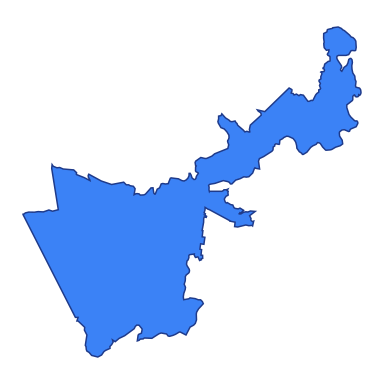 the district of Santa María Petapa, Oaxaca, Mexico
{"feature_id": "50627088B19284928966846", "entity_name": "Santa María Petapa", "entity_type": "district", "adm_level": 2, "iso_a3": "MEX", "parent_name": "Mexico", "parent_adm1": "Oaxaca", "projection": "natural_earth1", "projection_center": [-95.032, 16.899], "detail": "fine", "context": "isolated", "style": "filled", "palette": "blue", "viewbox_px": 384, "rotation_deg": 0, "n_neighbors": 0, "source": "geoboundaries", "source_scale": "gbopen_adm2", "svg_char_len": 5959}
<svg xmlns="http://www.w3.org/2000/svg" viewBox="0 0 384 384"><path d="M85.3,345.4L86.0,346.6L86.3,349.6L86.9,351.1L89.1,352.4L91.6,355.4L97.8,357.0L101.6,355.0L104.0,351.5L105.6,350.4L110.0,348.4L109.9,346.5L111.7,344.6L113.1,342.1L112.5,339.9L115.2,341.7L119.1,338.4L124.7,335.7L134.2,328.7L135.3,326.4L136.8,325.1L139.0,325.2L141.9,328.7L142.1,329.7L141.4,333.2L138.6,334.4L138.1,335.2L137.3,340.9L139.1,340.3L140.2,339.1L143.2,338.9L144.3,338.0L151.9,338.3L158.9,333.8L161.1,333.0L166.6,334.0L168.1,336.0L169.6,336.3L172.9,335.4L175.5,334.3L179.2,332.1L180.2,332.0L186.0,335.0L190.1,327.1L193.7,325.1L195.3,323.4L196.5,319.9L196.3,313.9L196.7,312.0L198.6,308.8L203.3,303.7L202.4,301.6L200.6,299.8L198.3,299.8L195.2,298.6L190.0,297.9L188.8,298.8L183.7,299.7L183.3,296.9L183.8,293.4L185.2,289.5L185.5,287.3L184.2,284.2L185.2,281.0L185.4,278.8L185.3,276.7L186.2,275.0L188.7,273.0L189.3,272.0L189.5,270.5L189.2,269.2L187.0,265.6L186.5,264.1L187.0,261.0L188.1,259.9L188.9,257.6L188.8,255.7L189.5,254.7L194.3,254.0L194.1,254.8L195.2,257.1L195.7,257.5L197.5,256.9L198.1,257.1L199.6,260.5L201.3,259.8L201.1,258.9L202.7,258.4L202.6,255.3L201.0,255.1L201.6,249.6L199.9,249.2L200.6,243.8L203.9,244.3L204.9,237.3L202.2,236.8L202.9,230.7L202.1,230.6L203.6,222.4L203.7,218.6L204.3,216.9L206.2,217.4L206.6,216.3L204.6,215.0L205.0,214.9L205.4,213.8L204.1,212.8L205.0,210.0L205.1,207.4L208.3,209.4L208.9,209.4L230.0,220.8L229.9,221.1L235.1,222.2L234.6,226.6L237.7,227.0L245.8,225.0L248.9,225.7L252.1,225.4L252.6,225.9L253.7,221.1L252.6,221.5L251.4,220.9L250.8,219.8L251.0,218.5L249.6,215.7L255.2,211.4L250.4,211.0L247.9,212.0L245.7,211.8L243.6,212.3L240.9,213.9L238.6,213.9L239.7,213.4L239.9,212.7L240.8,213.1L243.6,210.3L240.0,208.1L238.2,208.9L235.2,208.4L234.0,207.7L232.8,205.0L230.7,204.6L227.3,202.6L226.8,203.0L226.1,202.9L225.1,201.7L224.4,199.4L224.5,198.6L226.2,196.1L227.9,195.4L228.2,195.0L227.9,192.9L228.2,191.3L227.1,190.6L227.9,189.1L226.5,189.7L223.9,189.8L223.4,190.5L221.9,191.3L209.6,191.3L209.4,191.6L209.0,189.9L209.1,187.0L208.6,185.6L209.1,184.8L210.1,184.2L214.9,183.4L223.3,180.6L228.1,181.7L229.4,182.4L230.4,183.9L231.9,183.9L235.7,180.1L240.1,178.7L243.8,176.8L246.5,177.1L248.9,176.7L252.7,173.0L254.3,168.7L255.0,167.8L255.6,168.3L259.6,169.0L258.5,161.1L259.4,158.6L263.6,156.6L271.9,151.3L273.0,149.9L273.2,147.0L274.7,146.0L274.8,144.6L275.9,143.8L279.1,144.4L279.5,144.0L279.8,140.5L280.1,140.0L282.6,138.7L283.7,137.6L286.6,136.2L288.5,136.4L293.1,138.5L294.8,140.6L295.8,142.4L296.6,145.5L296.9,148.3L299.3,151.7L301.6,153.2L302.4,154.4L303.3,154.4L306.9,152.2L310.7,147.4L312.9,145.8L316.2,144.3L317.5,142.6L319.4,142.9L320.4,143.6L322.6,147.0L325.6,150.1L326.2,150.2L330.0,149.9L331.7,149.5L335.6,147.2L340.3,145.7L342.7,143.9L342.2,140.2L339.6,136.1L339.3,133.0L339.6,131.8L342.0,130.0L344.3,129.7L348.6,131.5L349.5,131.3L350.2,129.5L351.0,128.9L356.2,126.7L357.8,123.5L357.8,122.2L357.3,121.4L356.9,120.9L355.3,121.0L354.3,120.4L350.8,117.0L349.0,114.5L346.8,107.6L346.8,104.9L352.4,100.5L352.8,99.5L352.8,96.4L353.4,95.6L354.3,94.9L355.0,95.4L355.2,96.4L356.2,96.9L357.9,96.7L358.6,95.9L358.7,94.7L359.7,95.3L360.2,94.8L360.8,93.7L361.0,92.4L360.7,90.0L360.2,89.0L359.5,88.1L356.0,87.2L355.5,85.9L356.0,81.5L355.1,79.4L354.8,76.1L352.8,73.0L352.0,69.2L351.8,65.7L352.4,62.5L352.0,59.7L351.0,58.5L350.2,58.4L348.8,59.4L347.9,63.0L346.7,65.4L344.1,67.3L341.8,71.3L340.7,70.4L340.5,69.6L341.0,68.3L341.7,67.6L341.4,65.7L337.8,60.3L336.9,58.5L336.8,57.1L337.1,56.1L338.6,55.4L346.0,55.4L348.7,54.6L351.0,50.8L352.0,50.5L355.0,50.7L355.7,50.2L356.2,47.4L355.8,41.1L354.6,39.1L353.0,37.6L351.2,37.0L349.5,35.0L344.5,30.7L342.6,29.7L341.5,28.5L338.2,27.0L332.8,27.7L332.6,28.3L327.9,29.4L327.3,29.8L326.9,31.9L323.7,33.5L323.6,38.1L324.2,42.2L323.8,43.3L323.9,45.5L324.2,47.7L326.4,50.3L328.9,49.8L328.7,51.9L327.3,54.2L327.8,55.2L329.7,56.3L330.0,56.9L330.1,60.4L329.9,61.1L328.2,61.4L324.7,64.1L324.1,66.8L323.6,67.7L323.2,67.7L323.0,68.6L324.3,69.2L324.5,70.3L323.9,71.6L321.2,71.8L320.8,72.1L321.8,72.9L321.8,74.1L320.8,76.7L320.9,78.9L319.1,80.1L319.0,80.7L319.1,81.5L320.4,83.4L319.5,85.5L320.6,88.4L320.1,89.3L318.8,89.8L318.7,92.2L316.8,93.5L315.6,95.0L313.0,100.2L312.2,100.6L311.2,100.3L309.3,101.3L307.9,101.3L303.4,95.2L300.4,94.6L299.0,95.7L296.5,94.1L294.0,94.9L293.1,93.5L291.2,93.1L291.3,92.1L291.8,91.5L292.0,89.9L291.6,89.4L289.1,88.0L264.8,111.6L257.4,109.9L258.3,111.2L260.5,112.6L261.1,113.7L261.2,115.2L250.3,125.1L249.4,129.4L249.8,131.9L249.2,132.1L246.9,131.3L244.9,131.9L243.2,130.0L237.7,125.3L237.0,123.5L235.9,122.5L235.1,121.0L231.9,121.7L230.3,121.4L229.0,120.1L225.5,117.9L221.8,113.8L221.0,115.6L218.6,116.1L218.6,118.9L217.9,121.6L218.3,123.1L220.9,127.6L224.3,129.0L227.0,132.0L228.9,135.2L229.0,137.8L228.3,139.8L227.7,140.4L227.6,141.6L228.7,144.8L227.8,148.5L214.6,153.8L211.9,156.1L206.7,158.4L205.1,158.5L200.8,157.5L195.7,161.1L195.1,162.5L195.6,165.6L196.2,166.0L195.6,166.9L195.5,170.9L196.0,171.7L198.0,172.7L198.3,173.3L196.4,176.3L195.8,178.6L195.0,179.4L193.9,179.5L192.0,177.8L191.1,175.0L190.1,173.3L189.1,173.4L189.0,175.8L187.9,178.2L186.2,179.9L184.1,181.0L181.9,180.6L178.4,178.8L171.1,177.9L170.3,178.3L168.5,182.8L168.4,183.6L165.5,184.0L162.8,183.5L161.2,183.9L159.6,187.8L157.2,189.2L155.3,194.0L154.7,194.1L153.8,193.1L153.0,187.8L151.0,187.9L145.4,194.2L143.8,194.9L140.3,195.1L139.1,193.9L137.3,193.6L136.0,193.7L134.1,194.7L135.1,188.7L133.4,186.3L130.1,185.7L128.7,184.8L126.3,184.8L123.7,182.2L111.6,184.5L101.3,181.0L88.8,174.2L88.2,175.4L88.3,177.1L89.8,179.8L90.0,180.6L84.2,177.6L76.6,174.6L76.3,174.2L76.6,172.7L73.7,169.9L63.2,169.0L59.7,167.5L56.9,167.8L53.3,166.3L52.1,164.6L51.7,168.4L58.3,209.7L52.5,211.2L48.9,210.0L43.3,211.9L38.1,211.6L34.4,212.2L28.7,212.1L25.4,212.9L23.7,214.2L23.1,214.1L23.0,214.5L75.4,317.4L78.1,317.4L76.9,321.0L77.9,321.0L78.5,321.4L84.7,327.3L84.4,330.1L86.9,335.0L85.3,345.4Z" fill="#3b82f6" stroke="#1e3a8a" stroke-width="1.5"/></svg>